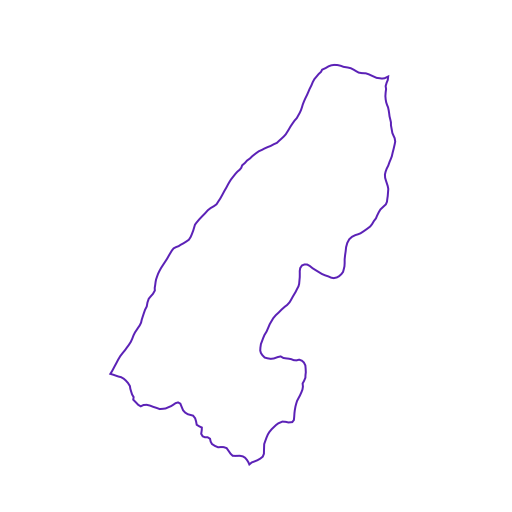 outline of X-2 Torani/Bulletwood, Upper Demerara-Berbice, Guyana, rotated 193°
{"feature_id": "73187651B8767068866486", "entity_name": "X-2 Torani/Bulletwood", "entity_type": "district", "adm_level": 2, "iso_a3": "GUY", "parent_name": "Guyana", "parent_adm1": "Upper Demerara-Berbice", "projection": "orthographic", "projection_center": [-58.026, 5.32], "detail": "fine", "context": "isolated", "style": "outline", "palette": "violet", "viewbox_px": 512, "rotation_deg": 193, "n_neighbors": 0, "source": "geoboundaries", "source_scale": "gbopen_adm2", "svg_char_len": 4461}
<svg xmlns="http://www.w3.org/2000/svg" viewBox="0 0 512 512"><g transform="rotate(193 256 256)"><path d="M167.6,460.6L170.7,458.1L173.2,457.2L175.8,457.0L178.6,456.7L181.1,457.2L183.6,457.7L187.0,458.4L190.1,458.7L194.0,458.0L197.2,457.8L200.0,458.6L202.7,459.5L205.9,460.3L209.0,460.3L213.3,460.0L216.3,460.4L219.5,460.4L222.8,459.8L225.6,458.7L228.0,457.1L230.4,454.8L233.5,452.4L234.1,450.0L235.9,447.4L237.3,444.6L238.9,441.5L239.8,438.3L240.4,434.7L241.4,430.6L241.9,427.7L242.5,424.5L243.4,420.7L244.0,417.6L244.5,414.3L244.7,411.0L245.0,408.2L245.6,405.3L247.3,399.5L248.9,396.6L250.2,393.4L251.5,390.0L252.7,386.1L254.4,381.2L255.8,378.7L257.9,375.6L259.4,373.5L261.1,370.9L263.7,369.0L266.5,366.5L269.2,364.7L272.1,362.5L274.0,360.8L276.8,358.7L279.2,356.0L282.1,352.4L283.8,349.7L286.2,347.0L287.7,344.2L289.9,341.2L290.2,338.6L291.3,336.4L293.1,334.0L294.5,331.5L296.2,327.9L297.6,324.9L298.5,322.3L299.3,319.7L300.3,315.9L301.4,312.4L302.7,307.6L303.8,303.8L304.8,301.2L306.1,297.5L308.2,295.1L311.0,292.5L313.2,289.8L315.3,286.0L317.4,282.6L319.5,279.0L321.5,275.1L322.5,272.8L322.9,266.5L323.5,262.3L324.0,259.7L325.1,256.7L327.3,254.3L329.7,251.9L331.8,250.1L333.6,248.2L335.9,246.7L338.0,244.9L339.2,242.4L340.7,237.8L342.0,233.4L343.2,230.1L344.5,226.6L345.8,223.0L346.7,219.8L347.4,216.8L347.8,213.6L348.1,210.6L348.0,208.1L347.7,205.1L347.5,202.1L346.8,199.6L347.9,195.9L349.5,193.0L350.9,190.2L351.3,186.3L351.1,182.2L352.0,178.7L352.4,175.1L352.7,171.8L353.0,168.4L353.0,165.2L353.7,162.2L354.7,159.7L355.7,157.0L356.7,154.4L357.5,151.1L358.0,147.4L358.7,144.1L360.0,140.5L361.2,137.8L362.3,135.1L363.9,131.9L365.7,128.0L367.0,124.0L367.9,120.5L369.0,116.5L370.3,111.6L371.4,108.4L368.3,108.2L365.7,107.9L362.8,107.6L360.3,107.6L357.3,106.7L354.9,105.4L352.2,103.5L349.6,100.9L348.6,98.4L347.2,95.9L345.6,93.2L343.5,91.0L343.3,88.4L339.7,86.1L337.3,84.5L334.5,83.6L332.1,85.5L329.1,86.4L325.7,86.4L322.3,85.9L318.6,85.6L315.4,85.2L312.3,86.2L309.8,87.1L307.1,89.1L305.0,90.6L303.2,92.4L301.3,94.5L299.0,95.8L296.5,95.1L294.6,92.4L292.3,89.2L289.8,87.5L286.9,86.5L284.4,86.4L281.4,86.3L278.8,84.2L277.2,81.4L275.8,78.2L272.8,77.2L270.2,76.7L269.7,74.2L269.4,70.4L267.4,68.3L265.0,67.9L262.4,68.5L259.7,67.6L258.4,64.9L256.6,62.9L253.3,61.7L249.9,61.1L247.1,62.0L244.5,62.5L241.4,62.2L238.6,59.7L236.3,57.6L233.8,56.1L231.0,56.6L226.9,57.7L223.8,57.8L221.3,57.0L219.0,55.3L217.1,53.4L215.6,51.4L213.7,53.9L211.4,55.4L208.7,57.3L206.3,59.5L204.3,62.0L203.8,65.1L204.5,68.4L205.2,72.0L205.7,74.6L205.4,77.4L204.9,81.5L204.3,84.8L203.4,87.5L201.8,90.7L200.0,93.5L198.4,95.9L196.6,98.0L193.0,100.6L189.7,101.1L186.9,101.1L183.3,102.3L182.2,104.7L182.6,107.9L183.2,111.6L183.5,114.4L183.7,118.3L183.6,121.3L183.4,124.0L182.6,127.1L181.8,130.0L181.1,133.5L180.7,136.4L180.9,139.3L181.9,142.3L181.1,145.1L180.5,148.5L181.0,151.1L181.3,153.8L182.2,157.1L183.3,160.5L185.4,163.0L187.7,164.3L190.6,164.7L193.1,163.4L195.9,163.0L198.5,163.4L201.1,163.3L203.8,163.0L206.4,162.8L209.4,163.7L212.1,162.4L215.5,160.2L218.5,159.1L221.8,158.9L224.7,159.0L227.5,160.8L229.4,162.6L230.6,164.8L231.1,167.7L231.4,171.4L231.0,174.2L230.6,177.4L230.0,180.9L228.7,184.8L227.9,189.1L227.3,192.6L226.5,195.2L225.2,199.3L223.4,202.8L221.2,206.0L219.0,209.6L216.5,213.1L214.7,215.2L212.9,218.4L212.1,220.8L210.9,225.0L210.1,227.5L209.3,230.0L208.7,232.6L207.8,236.0L207.7,238.5L208.1,241.5L208.6,245.2L209.4,248.8L210.0,251.2L210.2,254.2L209.1,257.1L206.8,258.7L204.2,259.2L201.4,258.4L198.1,256.8L194.9,255.7L191.0,254.4L187.7,253.3L184.3,252.7L181.0,252.4L177.9,251.8L175.3,251.9L172.4,253.3L170.5,255.0L168.7,257.6L167.6,260.1L167.5,263.1L167.5,265.8L168.0,268.9L168.9,272.8L169.4,277.0L169.7,280.7L170.2,284.9L170.0,289.3L168.9,293.3L166.8,296.3L163.9,298.7L161.5,300.1L159.3,301.6L156.7,304.3L154.0,307.3L151.4,310.4L150.1,313.1L149.0,316.6L147.6,319.6L147.1,322.6L146.2,326.4L145.2,329.4L142.8,333.0L141.1,335.5L140.6,338.3L140.9,341.2L141.1,343.8L141.6,347.2L142.2,351.1L143.4,353.8L144.9,356.3L146.4,358.8L147.8,361.3L148.7,364.4L148.7,367.3L148.3,370.5L147.5,373.7L147.0,377.9L146.5,380.8L146.1,383.6L146.1,387.8L146.0,391.2L146.0,396.1L146.1,398.8L147.4,402.0L149.1,404.2L150.8,406.5L152.3,410.0L153.9,413.7L154.6,416.6L155.9,419.3L157.3,422.1L158.3,424.8L159.4,427.6L160.8,430.6L162.3,432.7L163.7,435.0L164.9,437.8L165.9,440.9L166.5,444.7L166.8,447.9L167.9,450.7L167.7,454.2L167.2,457.1L167.6,460.6Z" fill="none" stroke="#5b21b6" stroke-width="2"/></g></svg>